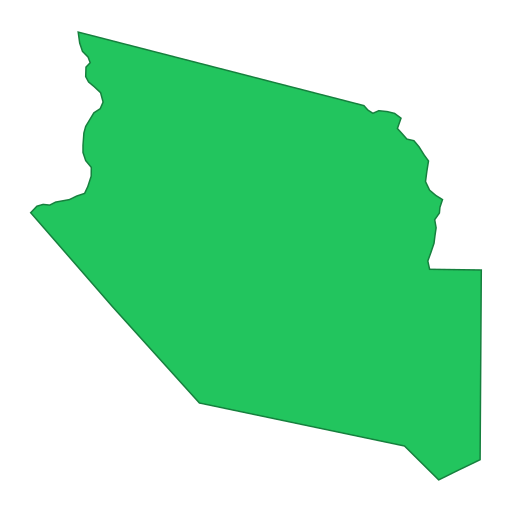 the district of Pendências, Rio Grande do Norte, Brazil
{"feature_id": "56859067B61214464369559", "entity_name": "Pendências", "entity_type": "district", "adm_level": 2, "iso_a3": "BRA", "parent_name": "Brazil", "parent_adm1": "Rio Grande do Norte", "projection": "albers", "projection_center": [-36.63, -5.294], "detail": "fine", "context": "isolated", "style": "filled", "palette": "green", "viewbox_px": 512, "rotation_deg": 0, "n_neighbors": 0, "source": "geoboundaries", "source_scale": "gbopen_adm2", "svg_char_len": 888}
<svg xmlns="http://www.w3.org/2000/svg" viewBox="0 0 512 512"><path d="M480.1,459.7L481.3,270.0L429.6,269.3L427.8,261.0L431.0,252.2L434.0,243.3L434.9,236.1L436.1,227.8L434.7,219.7L439.4,213.0L439.9,207.4L442.5,199.6L435.9,195.5L429.6,190.2L425.5,181.6L426.9,170.9L428.5,161.0L424.2,155.1L419.0,146.8L413.9,140.7L406.9,139.1L402.5,134.1L397.4,128.5L401.0,118.2L394.6,113.4L387.3,111.6L378.8,110.7L372.9,113.3L367.9,110.1L363.9,105.6L78.2,32.1L79.7,43.1L82.5,51.4L88.1,57.1L90.2,62.7L86.0,67.1L85.7,76.6L88.6,82.0L93.9,86.4L100.6,92.7L103.1,102.1L100.2,108.7L93.9,112.8L85.7,126.4L83.9,133.0L83.0,145.3L83.0,152.5L85.7,160.6L91.3,167.4L91.2,176.2L87.8,186.6L84.6,193.4L76.8,196.0L69.4,199.6L55.6,202.1L49.7,205.1L43.1,204.4L36.9,206.2L30.7,212.7L112.5,306.7L199.4,403.0L404.5,446.0L438.7,479.9L452.0,473.3L458.5,470.1L480.1,459.7Z" fill="#22c55e" stroke="#15803d" stroke-width="1.5"/></svg>